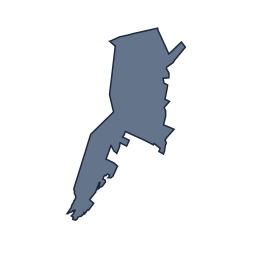 Francisco I. Madero, Coahuila, Mexico, rotated 18°
{"feature_id": "50627088B35500678821853", "entity_name": "Francisco I. Madero", "entity_type": "district", "adm_level": 2, "iso_a3": "MEX", "parent_name": "Mexico", "parent_adm1": "Coahuila", "projection": "natural_earth1", "projection_center": [-103.245, 26.23], "detail": "fine", "context": "isolated", "style": "filled", "palette": "slate", "viewbox_px": 256, "rotation_deg": 18, "n_neighbors": 0, "source": "geoboundaries", "source_scale": "gbopen_adm2", "svg_char_len": 3770}
<svg xmlns="http://www.w3.org/2000/svg" viewBox="0 0 256 256"><g transform="rotate(18 128 128)"><path d="M83.8,51.2L90.6,54.1L92.5,63.6L97.0,86.0L98.2,92.3L99.5,98.9L100.0,101.2L100.1,101.9L109.0,116.7L109.3,117.2L106.2,123.3L103.6,128.1L97.8,139.3L94.5,145.5L94.6,155.0L94.8,164.6L94.8,171.0L95.0,180.6L95.0,183.7L95.1,190.3L95.1,196.9L95.2,198.3L95.2,201.5L95.4,202.1L95.5,202.4L95.5,202.6L95.5,202.8L95.5,203.0L95.6,203.4L95.7,203.6L95.8,203.7L96.0,203.9L96.1,204.0L96.4,204.4L96.5,204.6L96.7,204.8L96.8,204.8L96.8,205.0L96.9,205.9L97.6,207.3L99.1,208.6L99.3,209.2L99.5,209.7L99.7,210.6L99.8,211.0L99.8,212.3L99.7,212.3L99.7,212.6L99.5,213.0L99.2,213.3L99.1,213.6L99.1,213.9L99.4,214.0L99.3,214.4L99.1,215.0L99.0,216.2L99.1,216.7L99.1,216.8L99.0,217.0L98.9,217.0L98.7,217.3L98.4,219.0L98.5,219.2L98.5,219.3L98.5,219.5L98.5,221.1L98.5,221.4L98.1,222.9L98.0,223.1L97.3,225.7L96.8,227.3L96.6,228.0L96.4,228.4L96.6,228.4L97.3,227.9L97.9,227.5L98.0,227.2L97.9,227.0L98.5,226.3L98.2,226.0L99.2,226.0L99.4,225.9L100.0,225.4L100.3,225.1L100.8,224.7L101.2,223.8L101.4,223.3L101.6,223.3L101.6,223.2L102.0,222.8L102.3,222.9L102.7,222.8L102.9,222.6L103.1,222.6L103.5,222.2L103.1,223.1L102.7,224.1L102.4,224.6L102.8,224.8L102.7,225.4L102.7,225.6L102.5,226.3L102.4,227.0L102.1,227.4L101.7,228.2L101.2,229.1L102.3,229.4L102.4,229.9L102.3,230.1L103.0,229.6L103.3,229.7L103.4,229.8L103.5,229.8L103.5,230.1L103.7,230.3L103.7,230.5L103.7,230.8L103.6,231.0L103.7,231.3L103.8,231.4L103.8,231.5L103.7,231.6L103.6,231.8L103.8,232.0L104.6,231.9L105.4,231.9L105.9,231.8L106.4,231.9L106.8,231.5L107.3,231.1L107.4,230.8L107.4,230.7L107.6,230.5L107.7,230.3L107.6,230.0L107.7,229.5L107.8,229.3L108.3,228.0L108.6,227.7L109.4,227.1L109.6,227.0L110.1,226.8L110.9,226.3L111.0,226.1L111.0,225.2L111.5,224.8L113.0,223.4L113.3,223.0L113.4,222.9L113.0,222.8L112.7,222.9L112.6,223.0L112.4,223.4L112.2,222.1L113.0,222.3L113.6,221.5L114.2,220.8L114.4,219.9L114.8,218.4L115.9,218.3L116.0,218.2L116.3,217.3L116.6,216.2L117.1,214.7L118.3,211.2L118.6,210.1L113.6,208.1L114.5,205.7L114.6,205.3L115.5,203.2L115.8,202.4L116.2,201.1L116.8,199.6L116.8,199.4L117.0,199.3L117.0,199.2L117.0,198.1L117.1,196.3L117.1,195.9L117.1,195.7L117.2,194.6L117.2,193.5L117.3,192.9L117.4,190.5L117.4,190.1L117.5,188.6L118.3,188.5L118.5,191.6L118.7,194.8L119.3,193.9L119.4,193.7L119.5,193.4L119.6,193.2L119.8,192.8L120.1,192.4L120.3,192.3L120.7,192.3L120.9,192.1L121.2,191.8L121.3,191.5L121.9,190.7L121.9,190.4L122.3,189.2L123.2,186.6L123.2,186.2L122.6,185.4L122.6,184.9L121.6,184.4L121.3,184.4L121.2,184.4L121.2,184.5L120.1,184.2L119.9,184.3L119.9,183.8L120.0,181.7L120.5,180.2L121.7,180.3L122.5,178.2L123.6,178.3L124.9,178.4L124.8,179.3L125.0,180.6L124.4,181.3L124.3,181.5L126.7,180.8L127.0,180.7L127.2,180.4L128.5,178.6L128.6,178.3L128.7,176.7L129.1,174.0L129.2,172.7L129.3,172.0L129.6,168.9L129.7,168.2L129.8,167.5L125.9,165.8L124.6,165.4L123.6,165.3L123.2,165.3L118.6,164.6L116.7,164.4L117.0,157.7L117.2,150.1L117.3,149.9L121.9,154.4L122.9,154.6L125.2,155.6L125.6,150.5L125.6,147.9L125.1,144.5L132.3,145.6L133.0,139.3L125.6,138.2L126.4,135.7L126.6,132.1L132.0,132.8L133.7,133.0L147.9,134.6L149.2,134.8L153.4,135.5L157.4,136.2L157.6,134.7L164.9,137.4L164.6,140.8L169.8,141.8L169.8,138.4L168.9,133.2L169.1,130.2L167.0,128.3L167.8,125.1L172.2,115.0L160.8,114.0L160.2,105.3L160.0,104.6L158.6,100.3L156.0,97.2L159.3,89.9L157.1,89.6L154.3,89.3L153.0,78.4L152.4,74.8L148.4,74.2L146.0,69.9L151.3,67.7L150.1,63.3L146.3,59.7L145.9,58.4L146.1,58.1L150.8,51.7L151.1,49.7L157.6,33.4L152.2,29.7L144.0,45.0L130.2,30.0L127.5,27.1L126.7,26.3L126.5,26.0L125.8,24.9L125.6,24.5L125.2,23.9L117.9,28.3L105.7,35.5L102.6,37.4L100.9,38.6L100.3,39.0L97.3,40.8L92.0,43.8L84.0,51.1L83.8,51.2Z" fill="#64748b" stroke="#1e293b" stroke-width="1.5"/></g></svg>